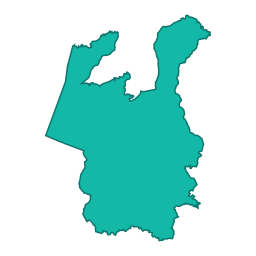 Poxoréu, Mato Grosso, Brazil
{"feature_id": "56859067B72857844459056", "entity_name": "Poxoréu", "entity_type": "district", "adm_level": 2, "iso_a3": "BRA", "parent_name": "Brazil", "parent_adm1": "Mato Grosso", "projection": "robinson", "projection_center": [-54.104, -15.809], "detail": "fine", "context": "isolated", "style": "filled", "palette": "teal", "viewbox_px": 256, "rotation_deg": 0, "n_neighbors": 0, "source": "geoboundaries", "source_scale": "gbopen_adm2", "svg_char_len": 5757}
<svg xmlns="http://www.w3.org/2000/svg" viewBox="0 0 256 256"><path d="M62.0,142.5L62.8,142.3L63.7,143.1L83.7,150.6L83.3,152.2L83.7,154.6L87.0,159.8L86.7,160.5L84.6,161.9L85.1,167.4L80.8,174.6L80.0,180.1L79.1,182.9L79.2,184.6L79.9,186.0L79.6,187.2L82.1,190.8L83.3,191.6L83.8,193.0L86.1,193.1L87.5,194.3L88.7,194.0L89.2,194.8L91.0,195.5L90.4,196.8L90.5,199.1L89.4,201.7L88.1,203.0L85.4,204.7L84.8,207.6L83.7,208.9L83.8,211.4L82.9,214.1L86.5,220.9L87.3,221.6L88.1,221.0L88.2,220.2L88.8,219.9L89.6,220.1L92.0,222.3L93.4,225.0L94.2,225.0L94.9,225.8L95.7,227.8L95.4,228.5L95.8,231.7L101.5,233.4L103.1,232.1L102.9,231.0L104.1,230.9L105.7,232.0L106.4,231.5L107.1,231.9L107.6,234.4L108.0,234.8L110.1,234.5L111.4,232.5L112.8,232.7L114.2,234.6L115.4,235.1L116.9,232.0L118.9,231.3L119.2,230.0L121.2,230.5L123.0,230.2L123.6,229.5L124.3,230.8L125.8,231.3L126.5,230.8L126.8,229.8L128.0,229.5L129.1,228.4L130.5,228.4L130.8,226.3L132.2,225.6L134.0,227.0L135.8,226.6L138.1,226.8L139.3,228.8L141.1,227.8L141.7,229.9L142.6,230.3L142.9,231.1L144.7,229.8L148.4,230.7L148.8,230.2L149.3,230.8L148.8,232.1L152.4,232.9L151.9,235.3L152.8,236.8L154.9,236.4L155.6,236.6L155.8,237.4L157.3,238.3L157.9,237.8L158.6,237.9L159.1,240.6L161.2,240.3L162.0,239.7L162.1,240.3L163.0,240.1L163.8,239.0L167.0,238.9L169.4,238.1L171.9,238.7L172.8,237.6L173.2,235.5L174.1,234.0L173.6,232.6L173.9,231.1L172.8,230.1L173.0,229.6L172.0,227.8L171.4,227.9L172.7,226.0L173.0,224.2L174.3,221.7L173.7,219.3L176.3,217.5L177.9,217.3L178.3,216.6L177.4,215.9L176.7,213.0L175.3,211.4L175.4,210.1L175.1,209.4L174.5,209.2L174.1,207.8L177.0,205.6L178.5,206.4L179.6,206.3L183.6,204.2L184.8,204.4L185.9,203.0L187.0,204.1L189.1,204.0L190.7,205.1L192.4,204.5L193.3,206.2L194.0,206.6L195.3,206.5L198.1,208.1L197.8,206.2L196.5,206.2L195.4,205.4L197.8,205.0L200.1,203.5L199.7,202.8L197.1,202.7L196.9,202.1L197.3,201.5L195.9,200.6L195.2,199.5L192.5,198.8L194.6,196.4L194.2,196.0L193.6,196.2L192.6,195.0L190.9,196.7L188.5,195.9L188.7,195.1L189.4,194.9L190.1,193.8L189.2,192.8L189.8,190.7L191.0,190.6L191.7,189.9L192.8,190.8L194.1,187.4L197.0,184.6L194.6,179.4L193.6,178.3L190.7,178.0L188.2,174.4L187.5,172.5L186.9,172.5L186.4,171.9L185.5,169.0L184.8,168.5L185.3,168.0L185.2,166.4L187.9,166.8L190.0,165.3L190.5,165.4L189.9,167.9L190.4,168.3L191.1,168.4L191.8,167.2L192.8,166.3L196.4,166.7L197.7,163.2L197.4,160.3L198.4,157.4L201.5,155.7L200.2,153.8L199.5,153.8L198.6,152.7L199.4,151.4L200.8,151.5L201.9,150.9L202.9,146.0L203.6,144.5L201.8,138.6L198.7,136.1L197.0,135.3L194.9,135.4L193.1,133.6L190.0,132.3L189.5,131.4L189.6,129.3L188.7,126.7L187.6,125.6L187.5,124.1L185.2,119.6L183.6,118.5L183.8,117.4L183.3,116.4L184.6,114.3L183.9,110.5L182.2,108.0L179.8,107.0L179.2,105.6L179.5,103.2L180.3,101.2L181.3,100.8L181.3,99.9L180.5,97.9L179.8,97.2L179.4,95.5L176.7,93.7L176.0,94.0L174.9,91.2L175.0,89.1L175.9,87.8L175.7,86.9L178.4,83.4L177.9,80.2L176.7,78.3L176.9,77.1L178.4,75.4L178.3,73.5L178.7,72.7L178.4,72.1L178.9,70.5L178.4,69.1L178.5,67.7L179.4,65.7L179.5,64.1L180.0,63.6L182.6,63.2L183.6,62.1L184.5,62.7L185.1,62.4L186.2,58.2L186.9,58.3L187.2,57.7L188.7,57.3L189.0,56.5L189.8,56.1L190.1,54.6L192.0,53.5L191.9,52.6L192.4,51.4L194.4,50.4L195.0,49.3L196.1,48.7L196.8,47.2L197.0,44.8L197.7,44.4L197.8,41.1L198.7,39.5L205.4,38.3L206.0,38.9L207.5,36.7L207.5,35.9L208.9,35.8L209.2,35.2L210.2,35.3L210.3,34.5L209.5,34.3L209.1,33.7L210.2,32.4L209.7,31.9L207.3,31.7L206.6,29.9L203.9,29.9L203.3,29.3L203.0,26.7L202.6,26.3L201.5,27.2L201.4,28.3L200.7,28.0L200.8,24.4L199.5,23.3L199.2,22.2L197.7,21.7L197.1,22.3L197.1,20.2L196.4,19.4L194.9,18.5L193.9,18.5L192.6,17.5L189.0,16.9L188.0,15.5L187.0,15.4L185.8,15.9L185.5,18.2L185.0,19.1L183.5,18.6L183.0,17.9L181.1,18.6L181.2,20.3L178.4,20.9L176.9,21.9L174.4,22.7L170.5,25.7L165.8,26.8L163.7,26.4L162.1,27.3L159.2,31.7L157.8,33.0L157.5,34.7L157.8,36.7L155.9,41.7L155.1,42.2L154.9,43.2L153.9,44.5L154.3,45.7L154.0,48.3L156.0,52.2L156.8,56.7L158.1,59.3L158.3,62.1L158.0,63.8L158.7,69.0L158.6,74.7L156.6,80.6L155.6,82.0L155.4,85.9L156.1,89.2L143.4,91.8L140.8,91.1L140.6,92.9L139.5,94.9L134.6,99.4L133.2,99.7L131.8,101.1L129.7,101.1L129.9,100.2L129.1,98.8L131.4,98.2L133.1,97.0L133.7,96.2L133.3,95.6L131.6,95.4L130.9,96.1L130.0,96.1L129.9,94.6L127.6,94.0L127.0,94.1L126.0,95.1L124.5,94.9L124.5,92.1L125.2,90.5L125.0,88.3L124.0,88.0L124.3,86.3L124.9,86.3L125.3,85.6L125.1,81.6L127.2,79.2L128.7,79.4L129.9,78.4L130.1,77.2L129.8,74.6L129.3,73.9L128.5,73.8L128.1,72.6L127.3,72.2L126.7,72.2L126.4,74.0L125.2,73.6L124.0,73.8L124.0,74.7L122.6,77.3L119.5,76.7L119.2,78.4L118.7,78.7L116.5,77.9L115.8,78.3L115.1,79.8L115.0,78.8L114.1,78.9L109.3,81.5L102.4,84.0L100.0,85.7L99.9,86.3L99.2,85.5L95.5,83.8L95.0,84.3L93.5,84.0L93.4,83.1L92.7,82.6L90.3,83.5L90.6,84.7L90.2,85.4L89.4,85.4L89.7,84.5L89.2,83.8L88.2,84.1L87.9,83.5L86.5,83.1L81.5,83.6L88.6,77.8L89.9,74.5L90.9,70.3L94.2,66.2L95.6,65.4L97.1,65.4L98.0,64.5L99.0,62.9L99.3,60.8L100.3,59.9L101.9,56.3L103.4,55.5L107.6,55.1L110.0,54.1L112.7,51.1L114.5,50.2L115.1,47.2L114.6,45.6L114.9,43.4L115.5,41.4L116.4,40.7L118.2,36.7L117.8,33.3L118.2,32.6L117.6,32.1L117.2,32.8L115.9,32.9L115.3,32.3L115.5,31.6L114.9,31.6L113.5,32.8L112.1,33.2L111.9,31.6L110.2,32.3L110.2,31.4L109.7,31.1L108.8,32.6L106.1,33.8L105.4,35.0L104.4,34.4L104.5,35.3L104.0,35.6L103.4,34.6L102.4,34.5L101.6,36.0L100.9,35.8L100.5,37.4L99.1,39.2L96.1,41.1L92.2,41.5L91.5,43.0L90.2,44.0L90.4,44.8L91.5,45.7L90.9,46.5L91.4,47.0L89.7,48.0L87.5,47.2L86.2,45.8L84.3,46.7L84.1,46.0L83.3,45.7L82.9,46.3L82.2,46.1L82.1,44.7L81.2,45.0L80.6,46.8L79.4,46.7L78.5,46.0L78.5,47.2L78.0,47.9L77.5,48.0L76.1,46.3L75.4,46.4L74.4,45.8L74.5,45.1L73.4,46.1L72.9,45.9L67.5,66.2L65.5,81.7L45.7,135.6L62.0,142.5ZM115.0,78.8L114.7,77.8L114.2,78.0L115.0,78.8Z" fill="#14b8a6" stroke="#0f766e" stroke-width="1.5"/></svg>